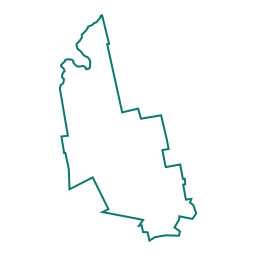 Franklin, Maine, United States of America
{"feature_id": "52423323B32443521891839", "entity_name": "Franklin", "entity_type": "district", "adm_level": 2, "iso_a3": "USA", "parent_name": "United States of America", "parent_adm1": "Maine", "projection": "robinson", "projection_center": [-70.559, 45.063], "detail": "fine", "context": "isolated", "style": "outline", "palette": "teal", "viewbox_px": 256, "rotation_deg": 0, "n_neighbors": 0, "source": "geoboundaries", "source_scale": "gbopen_adm2", "svg_char_len": 1653}
<svg xmlns="http://www.w3.org/2000/svg" viewBox="0 0 256 256"><path d="M102.1,15.4L101.2,15.6L100.4,16.3L100.4,16.5L100.7,16.7L100.3,17.7L96.3,22.3L96.2,22.4L94.8,22.9L94.1,23.0L92.4,24.9L89.7,26.0L88.3,26.6L87.4,28.1L87.6,28.3L86.1,30.4L83.2,33.4L82.2,34.3L81.8,34.6L81.9,37.4L79.9,40.6L79.6,41.0L77.5,43.0L76.8,43.7L76.6,44.1L76.5,44.5L76.5,45.0L77.5,48.7L78.8,50.0L79.3,50.2L81.2,51.8L82.8,54.2L83.8,55.3L85.6,56.4L87.5,57.1L89.7,59.8L90.3,61.9L89.8,68.0L88.1,68.9L87.3,69.2L86.0,69.1L85.9,69.0L85.8,67.6L83.3,66.0L82.5,65.9L82.3,65.9L81.9,66.2L81.1,66.4L78.2,66.7L76.6,65.9L75.5,65.1L73.4,62.8L73.3,61.8L73.4,61.1L71.9,59.8L71.7,59.7L67.8,59.2L65.8,59.8L65.3,60.0L65.2,60.5L64.7,61.6L63.1,62.9L61.2,64.9L61.1,65.3L61.2,66.2L61.4,66.6L61.7,66.7L63.1,68.1L63.8,69.0L64.1,69.3L64.6,71.2L64.6,71.5L64.4,71.6L63.9,71.8L63.7,71.9L62.8,73.0L62.1,75.8L62.0,76.1L62.1,77.0L62.3,77.5L62.5,77.8L63.0,78.3L63.4,78.4L63.7,78.7L63.9,79.3L63.7,81.4L63.1,83.1L62.5,83.9L62.4,83.9L60.5,85.3L60.5,85.9L60.2,87.3L59.8,88.1L67.9,135.7L61.4,136.5L64.2,153.2L65.4,153.0L68.8,169.2L69.5,189.3L92.7,177.4L100.4,192.9L108.4,209.1L102.5,212.1L133.0,217.9L143.1,219.9L139.0,225.8L141.7,225.4L143.0,232.0L147.6,232.3L149.4,240.6L155.1,237.1L165.9,235.3L179.0,235.7L180.0,231.4L174.5,227.4L179.2,219.6L179.3,216.3L192.4,218.9L193.4,217.5L196.2,213.4L195.8,212.1L193.3,205.1L190.0,202.6L191.3,198.9L185.9,199.6L184.8,193.7L183.2,184.6L185.2,184.3L185.1,181.5L184.8,178.8L182.9,179.1L180.2,164.5L165.7,167.1L162.3,150.0L168.6,149.0L166.7,139.1L161.1,115.3L141.0,118.7L138.1,108.6L122.2,112.4L107.2,44.2L109.1,43.9L102.1,15.4Z" fill="none" stroke="#0f766e" stroke-width="2"/></svg>